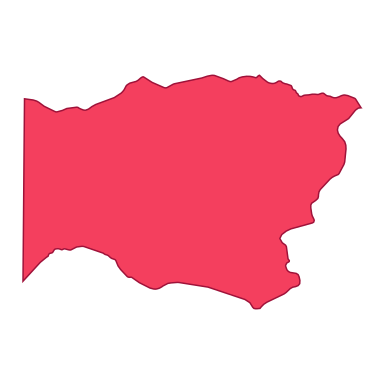 outline of Wadi Fira
{"feature_id": "TCD-1473", "entity_name": "Wadi Fira", "entity_type": "Prefecture", "adm_level": 1, "iso_a3": "TCD", "parent_name": "Chad", "parent_adm1": "", "projection": "orthographic", "projection_center": [21.824, 14.959], "detail": "fine", "context": "isolated", "style": "filled", "palette": "rose", "viewbox_px": 384, "rotation_deg": 0, "n_neighbors": 0, "source": "natural_earth", "source_scale": "10m", "svg_char_len": 3615}
<svg xmlns="http://www.w3.org/2000/svg" viewBox="0 0 384 384"><path d="M361.0,107.8L358.3,108.1L355.5,110.1L348.6,118.6L340.2,123.9L338.1,126.5L337.4,130.0L338.2,133.2L340.0,136.1L342.3,138.6L344.7,141.7L345.8,145.2L346.0,149.0L344.7,162.0L343.9,164.5L339.1,173.5L338.2,174.5L334.6,176.0L332.1,177.4L330.0,179.1L320.3,189.5L319.0,191.8L318.5,194.5L318.4,196.6L317.8,198.5L315.6,200.5L311.7,203.2L310.8,205.0L310.8,207.9L311.7,214.0L312.3,216.0L314.0,219.5L314.2,220.5L313.7,222.1L312.5,222.9L290.8,228.9L286.2,231.1L281.8,234.5L279.8,238.5L282.2,242.7L285.6,245.2L286.4,246.7L288.0,258.7L288.4,259.4L288.9,260.0L289.3,260.6L289.2,261.5L288.6,262.0L287.2,262.7L286.7,263.2L285.7,265.1L285.6,266.0L286.0,267.3L286.9,269.8L288.3,271.4L290.1,272.4L296.2,273.4L298.1,274.6L299.1,276.8L299.9,280.4L299.7,283.7L298.1,285.6L295.6,286.6L292.7,287.2L290.2,288.6L286.2,292.4L284.1,293.9L266.9,302.2L263.7,304.3L261.1,307.0L260.0,308.4L257.1,308.7L255.3,308.7L253.9,308.4L252.7,307.2L250.1,303.0L249.6,302.5L245.0,299.5L208.0,287.1L179.0,282.5L177.5,282.4L171.0,282.9L167.9,283.4L162.9,286.0L162.0,286.7L160.1,287.8L159.0,288.3L156.9,288.9L155.7,289.1L153.7,289.0L149.9,288.0L139.4,282.7L131.7,277.3L131.3,277.2L130.6,277.2L129.3,277.3L128.3,277.1L127.6,276.8L127.1,276.4L120.7,269.6L118.1,266.0L115.9,260.7L115.6,260.2L115.3,259.8L114.8,259.5L111.7,258.4L110.9,257.9L110.0,257.2L108.4,255.7L107.9,255.4L107.3,255.1L105.0,254.4L104.4,254.0L103.5,253.4L103.1,253.1L83.9,246.5L83.1,246.4L82.1,246.3L77.2,246.9L76.7,247.0L76.2,247.2L71.1,249.8L70.5,250.0L69.8,250.0L68.5,249.8L64.7,248.8L64.1,248.9L63.6,249.0L62.6,249.5L62.1,249.7L61.6,249.7L61.1,249.6L60.5,249.3L59.9,249.1L58.7,248.8L58.0,248.7L56.0,248.9L55.2,249.1L54.5,249.5L53.8,250.5L53.0,251.9L52.6,252.4L52.1,252.8L49.5,253.5L49.1,253.9L48.6,254.6L48.1,256.2L46.4,257.3L40.3,262.3L23.0,281.2L24.5,98.8L33.2,100.0L36.7,101.1L38.8,102.3L44.2,106.3L54.4,111.3L55.9,111.9L56.6,111.9L57.3,111.8L62.5,110.4L66.8,108.5L76.6,107.2L77.5,107.3L78.1,107.5L79.1,108.2L81.0,109.1L83.4,110.0L84.7,110.2L85.6,110.2L87.8,109.4L88.8,108.9L91.9,106.6L95.7,104.5L114.3,97.6L121.2,93.1L122.7,91.6L124.1,89.8L126.0,86.2L126.3,85.7L127.1,84.9L128.0,84.3L129.9,83.1L136.2,81.4L138.2,80.2L140.7,78.0L142.3,77.0L142.9,76.9L143.5,76.9L144.5,77.5L152.1,82.4L164.0,87.6L165.3,87.9L166.1,87.8L166.8,87.7L173.2,84.2L174.3,83.8L201.8,78.0L207.3,76.2L211.3,75.4L212.4,75.3L214.1,75.4L214.6,75.5L223.4,78.7L228.4,81.0L230.3,81.6L231.1,81.6L231.8,81.4L236.7,79.3L239.2,77.8L242.2,76.9L246.7,76.3L250.2,76.4L252.9,76.9L255.7,77.7L256.3,77.6L256.8,77.3L258.1,76.0L258.9,75.5L259.3,75.3L259.5,75.3L259.7,75.5L262.7,78.5L267.1,81.9L268.1,82.5L269.4,83.0L270.3,83.2L272.0,83.5L273.0,83.5L273.8,83.4L274.4,83.3L276.0,82.7L276.5,82.4L277.7,81.6L278.6,81.1L279.3,81.0L280.2,81.1L280.8,81.2L281.2,81.5L282.0,82.3L282.5,82.6L282.9,82.9L285.3,83.8L286.7,84.0L290.9,85.5L291.4,85.9L291.8,86.7L292.4,88.5L292.7,88.9L293.0,89.3L293.4,89.7L293.9,89.9L294.7,90.2L295.2,90.4L295.5,90.8L295.8,91.3L296.2,92.4L296.5,92.9L296.9,93.2L297.4,93.5L297.8,93.9L298.1,94.4L298.3,95.0L298.5,95.5L298.9,95.9L299.6,96.2L300.7,96.6L301.4,96.5L302.0,96.3L303.5,95.5L304.0,95.3L305.3,95.1L308.6,94.9L312.3,94.2L314.7,94.2L317.8,94.5L318.6,94.4L320.7,93.6L322.1,93.2L323.0,93.2L323.7,93.4L324.1,93.7L326.3,95.4L326.8,95.7L327.5,95.9L330.2,96.3L330.7,96.5L331.4,96.9L332.2,97.2L333.6,97.7L334.6,97.8L335.5,97.8L336.7,97.6L339.0,96.8L341.1,95.8L342.0,95.5L343.4,95.1L344.4,95.0L345.2,95.1L347.8,95.6L354.2,98.1L354.7,98.3L355.2,98.7L355.6,99.1L360.8,107.4L360.9,107.7L361.0,107.8Z" fill="#f43f5e" stroke="#9f1239" stroke-width="1.5"/></svg>